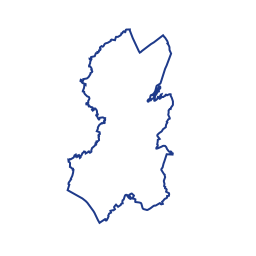 Son Tay, Ha Noi, Vietnam, rotated 198°
{"feature_id": "81297802B79469395018575", "entity_name": "Son Tay", "entity_type": "district", "adm_level": 2, "iso_a3": "VNM", "parent_name": "Vietnam", "parent_adm1": "Ha Noi", "projection": "equal_earth", "projection_center": [105.481, 21.097], "detail": "fine", "context": "isolated", "style": "outline", "palette": "blue", "viewbox_px": 256, "rotation_deg": 198, "n_neighbors": 0, "source": "geoboundaries", "source_scale": "gbopen_adm2", "svg_char_len": 5879}
<svg xmlns="http://www.w3.org/2000/svg" viewBox="0 0 256 256"><g transform="rotate(198 128 128)"><path d="M123.3,227.0L129.9,217.4L132.0,215.0L138.6,205.5L139.1,204.5L140.1,203.3L141.4,204.4L151.3,215.0L156.4,221.3L156.7,222.3L160.0,221.1L160.3,220.8L160.4,220.2L160.2,218.9L160.2,218.5L160.4,218.2L161.7,218.7L162.0,218.6L162.5,217.8L162.7,216.3L163.5,216.0L163.5,214.5L163.7,213.9L165.7,211.6L167.5,211.0L167.6,210.3L167.5,207.5L171.0,207.0L171.5,206.3L171.3,205.4L173.6,202.8L175.4,201.6L175.9,201.1L176.3,200.2L176.5,198.6L177.0,197.7L177.3,197.5L178.4,197.7L179.3,196.5L179.5,195.9L179.4,195.3L178.6,194.9L178.4,194.1L178.6,193.4L179.5,193.0L179.5,192.6L179.3,191.7L179.4,191.3L180.6,190.9L180.2,189.8L181.7,189.1L181.8,186.0L185.0,184.1L185.0,183.6L184.5,183.1L184.4,182.5L184.7,182.2L185.9,182.0L185.6,181.5L184.1,181.7L184.4,179.4L184.0,177.7L184.3,175.6L184.2,174.8L184.0,174.5L182.9,174.8L181.4,173.7L180.6,172.7L180.9,172.1L179.5,170.9L179.5,170.1L180.7,168.5L180.4,167.6L181.2,164.4L182.1,162.8L182.6,162.3L185.6,160.7L185.3,159.9L185.4,159.3L185.7,159.1L186.2,158.9L187.3,159.3L187.8,159.3L187.7,158.0L186.4,157.9L186.2,157.4L185.3,157.5L185.1,156.7L181.9,156.7L181.6,155.7L182.3,155.8L182.8,155.3L182.5,154.2L182.2,152.4L182.4,149.3L182.3,148.8L180.9,148.9L180.3,147.6L179.4,146.9L176.6,145.5L174.8,145.4L174.0,144.5L173.8,144.1L173.8,143.4L174.2,141.3L173.5,139.6L173.7,139.1L173.9,139.0L174.9,139.0L175.2,138.8L175.2,138.1L174.9,137.6L173.9,138.0L173.7,137.8L172.5,137.7L172.3,137.6L172.2,136.7L171.9,136.4L170.8,136.8L169.8,136.4L169.0,136.6L168.2,136.6L167.7,136.2L167.6,135.9L168.0,134.3L167.3,133.9L167.3,134.3L166.5,134.1L166.2,134.4L166.1,134.9L166.3,135.8L165.5,136.4L165.0,136.4L163.3,135.2L162.6,134.2L162.2,132.9L160.9,131.6L161.0,131.1L162.1,130.8L162.1,130.1L160.8,129.4L159.6,128.0L158.4,127.1L158.0,127.3L158.1,128.8L158.0,129.0L155.5,130.2L154.9,130.3L153.7,130.1L152.8,130.3L152.6,129.3L152.3,128.9L152.2,128.3L153.0,127.9L152.9,127.0L152.7,126.4L152.0,126.3L151.8,125.6L152.3,125.2L153.3,125.3L154.1,124.2L154.4,124.1L154.7,124.3L156.2,122.1L156.5,120.9L156.5,120.4L156.8,119.6L156.8,119.1L156.4,118.0L156.7,115.3L153.7,115.2L152.9,113.6L153.2,113.0L153.8,112.6L153.8,111.7L153.7,111.4L153.1,111.3L152.9,111.0L152.9,110.7L153.0,109.6L152.4,109.0L151.8,107.5L152.3,106.6L153.0,105.8L153.0,105.3L153.8,105.4L153.8,104.3L153.2,102.9L153.3,102.4L154.0,102.7L153.9,102.0L154.2,100.8L156.0,97.8L156.0,95.4L155.5,94.2L156.2,93.0L156.6,92.7L157.8,93.3L157.9,93.6L158.3,93.5L158.5,92.8L160.4,90.7L161.0,91.7L161.5,92.1L161.8,92.2L162.6,92.0L162.6,91.4L163.6,89.9L163.8,87.5L164.5,86.8L164.0,85.5L164.5,84.7L166.3,87.1L167.0,86.5L166.6,85.8L167.5,84.7L168.2,85.6L168.7,85.0L169.5,86.5L170.4,85.4L170.4,84.1L170.7,83.0L172.7,80.7L173.7,80.4L173.8,79.8L175.0,79.6L174.0,77.5L173.1,77.4L172.6,77.1L172.2,76.5L171.2,73.0L170.1,72.9L169.2,72.3L167.9,72.3L167.9,71.8L167.6,71.7L167.5,71.1L166.9,71.2L166.4,68.4L166.2,65.4L166.7,61.8L166.3,61.6L167.5,57.7L167.3,56.3L166.3,56.0L166.2,50.2L149.6,46.9L145.6,45.4L143.5,44.3L135.2,38.3L133.7,37.0L128.3,31.3L125.8,29.0L121.6,34.3L121.2,34.3L121.0,33.4L120.7,33.2L120.3,33.2L119.8,33.6L119.3,36.1L119.2,38.0L119.7,38.4L119.5,40.7L118.0,42.3L119.1,43.8L117.1,45.1L116.4,45.2L115.3,46.7L116.6,48.1L116.8,48.5L116.4,49.8L115.7,51.4L113.1,50.0L111.1,52.6L111.0,53.8L110.7,54.2L109.8,54.7L110.6,56.2L110.8,57.5L110.0,58.6L110.0,62.4L109.8,63.3L109.3,63.8L108.7,64.0L108.2,64.0L107.8,63.7L107.7,63.2L105.8,61.9L104.6,61.4L103.7,61.4L103.5,62.4L106.3,64.5L105.6,65.5L104.5,66.7L104.1,66.8L101.5,65.6L101.5,64.9L102.0,62.9L101.9,62.3L99.8,62.6L98.9,62.4L98.5,60.5L98.1,59.9L94.5,60.6L92.7,60.7L91.8,60.0L89.5,56.5L88.8,55.9L88.1,55.7L84.5,55.9L83.7,56.5L81.9,58.5L79.6,61.8L78.9,62.4L78.4,62.4L77.5,63.0L74.5,66.4L74.1,66.4L73.2,65.7L72.7,65.7L71.4,66.6L72.8,68.4L71.9,69.9L71.6,71.0L70.8,72.3L69.9,73.0L69.3,73.9L69.8,75.4L68.2,76.1L68.3,77.4L68.8,78.6L72.1,79.2L72.2,81.4L72.8,81.9L74.1,82.1L74.4,83.5L75.0,83.5L75.7,83.9L76.0,86.1L77.3,88.1L77.6,88.8L77.5,92.8L78.5,94.2L78.7,95.0L79.6,95.3L83.4,98.5L83.5,99.6L82.9,101.1L83.2,105.2L83.1,107.3L83.1,115.0L77.4,116.5L77.6,117.7L78.4,117.8L78.6,117.1L79.9,117.0L79.4,118.6L79.7,118.8L80.1,118.9L80.9,118.3L81.4,118.2L82.0,118.4L84.4,120.1L85.8,121.7L87.2,122.4L88.6,122.1L89.6,121.5L90.0,120.9L93.6,117.7L94.6,117.2L94.9,117.6L94.7,118.7L94.2,120.1L94.4,121.0L95.2,121.5L95.4,123.4L96.0,126.0L94.5,127.4L97.5,129.4L97.9,130.1L97.8,130.9L96.5,133.2L95.1,134.9L94.7,135.9L94.4,137.5L92.3,140.5L92.6,141.6L92.8,143.2L92.3,145.3L93.1,145.8L92.3,148.8L91.2,149.8L91.4,150.4L93.8,153.0L94.1,155.2L94.8,157.2L94.2,159.0L93.3,159.2L93.4,160.8L92.5,163.4L92.5,164.1L93.5,167.2L95.7,170.2L97.4,171.9L97.8,173.2L98.3,173.2L99.2,172.8L101.0,171.2L101.8,171.5L102.3,171.4L102.5,171.1L102.6,170.1L103.5,169.2L104.0,168.4L104.9,168.1L105.9,167.4L106.2,166.4L106.9,165.6L107.2,165.7L107.2,166.0L106.8,166.8L106.9,167.5L106.6,168.9L106.5,170.2L106.5,170.4L107.1,169.9L107.1,168.5L107.8,167.7L108.1,167.0L108.4,166.7L109.2,166.7L109.2,166.3L108.9,165.5L109.7,163.7L110.8,162.3L111.3,162.1L111.7,162.6L111.6,164.3L112.1,166.2L112.2,166.9L111.5,168.9L111.1,171.2L110.8,171.7L109.9,172.3L109.9,172.7L110.5,173.1L110.5,173.5L110.5,174.1L109.7,175.5L109.6,175.9L110.0,177.0L110.5,177.4L110.9,177.3L111.3,176.9L111.6,175.7L112.1,170.7L112.6,168.4L113.3,167.3L112.7,165.3L112.9,164.2L114.5,162.8L114.7,162.3L114.8,161.4L115.0,161.2L116.5,161.0L116.5,159.7L116.7,159.4L117.3,159.3L117.7,159.7L117.8,160.3L117.3,161.6L116.4,162.2L116.2,162.6L116.5,165.5L116.4,166.2L115.8,166.8L114.9,166.8L114.7,167.9L114.2,168.7L113.8,170.0L113.5,171.8L113.8,176.5L113.7,177.1L111.2,180.0L110.9,180.7L111.0,195.9L110.6,199.2L110.0,212.1L112.6,215.0L113.5,217.5L114.0,218.3L115.5,219.8L116.6,220.5L116.2,221.1L117.5,222.8L120.8,225.5L121.3,225.6L123.3,227.0Z" fill="none" stroke="#1e3a8a" stroke-width="2"/></g></svg>